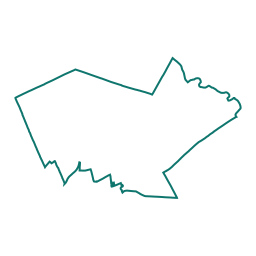 Branistea, Dâmbovita, Romania
{"feature_id": "2599482B85968573592334", "entity_name": "Branistea", "entity_type": "district", "adm_level": 2, "iso_a3": "ROU", "parent_name": "Romania", "parent_adm1": "Dâmbovita", "projection": "albers", "projection_center": [25.57, 44.682], "detail": "fine", "context": "isolated", "style": "outline", "palette": "teal", "viewbox_px": 256, "rotation_deg": 0, "n_neighbors": 0, "source": "geoboundaries", "source_scale": "gbopen_adm2", "svg_char_len": 5535}
<svg xmlns="http://www.w3.org/2000/svg" viewBox="0 0 256 256"><path d="M177.0,197.9L176.9,197.5L176.8,197.4L175.2,194.3L174.0,192.0L172.4,189.0L171.0,186.3L170.7,185.7L169.9,184.3L168.3,181.5L166.8,178.8L165.0,175.5L164.6,174.9L163.3,172.6L164.8,171.7L166.4,170.9L166.6,170.6L166.9,170.5L167.4,170.3L168.6,169.5L169.4,169.0L169.9,168.6L170.0,168.5L171.8,167.0L174.1,164.7L178.1,161.1L179.8,159.3L180.6,158.6L180.7,158.4L183.4,155.8L184.3,154.9L185.5,153.9L187.9,151.8L188.5,151.4L188.9,150.9L190.9,149.0L191.1,148.9L192.9,147.2L194.5,145.7L196.2,144.2L198.0,142.7L198.7,142.1L199.4,141.7L201.8,140.3L201.9,140.2L204.7,138.4L207.0,136.6L207.9,136.1L210.2,134.2L211.6,133.3L212.4,132.8L213.4,132.1L213.5,131.8L216.9,129.5L218.4,128.4L220.7,126.9L222.5,125.7L226.4,123.0L229.6,120.9L232.3,119.2L233.2,118.7L235.8,117.1L236.4,116.9L236.1,116.5L235.6,115.5L235.5,114.5L236.1,113.4L238.3,111.0L239.2,109.9L240.1,109.0L240.5,108.5L240.6,107.8L240.6,107.3L240.4,105.9L239.7,103.9L238.9,102.5L237.9,100.9L236.7,99.9L235.0,98.9L234.5,98.0L233.7,98.0L232.2,99.2L229.7,100.5L228.4,100.6L227.9,99.7L227.4,98.5L227.8,97.8L228.9,97.0L229.4,96.1L229.2,94.8L228.4,93.6L227.1,92.6L226.2,92.3L225.4,92.4L224.2,92.8L222.6,92.9L221.2,92.8L220.4,92.5L219.1,91.8L218.0,91.3L216.8,90.4L215.7,89.4L214.4,88.6L212.8,87.7L211.9,87.6L211.1,87.1L210.1,86.4L209.0,85.8L208.5,85.8L207.5,86.5L206.3,87.2L205.4,87.6L203.9,87.6L202.0,87.2L200.5,87.0L199.5,86.4L199.1,85.4L199.1,84.4L199.5,83.7L200.8,82.2L200.7,81.1L200.3,80.0L199.9,79.2L199.3,78.6L198.4,78.3L197.4,78.2L196.0,78.4L195.2,78.8L194.6,79.1L194.3,79.4L194.0,79.6L193.7,79.6L193.3,79.5L193.1,79.5L192.7,79.7L192.3,79.8L191.7,80.0L190.8,80.1L190.5,80.2L187.8,82.3L186.6,81.0L185.4,79.6L184.9,78.0L184.4,75.6L184.0,73.5L183.3,71.6L182.3,69.9L181.8,68.2L181.4,66.4L180.3,64.8L179.1,63.6L176.8,61.5L174.6,59.8L172.6,58.1L169.6,63.6L167.1,68.1L165.2,71.7L163.4,74.9L162.1,76.9L153.0,93.2L152.1,94.6L151.8,94.5L151.2,94.2L150.5,93.9L149.0,93.4L146.7,92.7L145.6,92.3L144.9,92.1L142.3,91.4L140.0,90.7L139.2,90.5L138.3,90.3L137.4,90.0L135.1,89.5L134.8,89.4L130.6,88.2L128.8,87.7L125.2,86.6L123.4,86.1L121.7,85.5L121.5,85.2L119.4,84.6L110.9,81.9L101.4,78.4L101.2,78.4L92.0,75.2L85.0,72.7L81.5,71.5L75.4,69.5L74.8,69.8L74.7,69.9L69.7,72.1L64.5,74.4L52.8,80.2L46.7,83.0L44.9,83.9L44.4,84.3L41.6,85.5L39.2,86.6L36.8,87.6L36.2,87.9L31.5,90.1L30.1,90.7L28.1,91.6L25.0,93.1L24.3,93.4L20.0,95.5L18.7,96.1L15.6,97.7L15.4,97.9L15.6,98.6L15.8,99.2L16.1,99.8L16.9,101.7L18.0,104.0L19.3,106.7L20.0,108.3L20.8,110.5L21.0,110.8L21.4,111.8L21.6,112.2L21.8,112.5L21.9,112.9L21.9,113.0L22.3,113.8L22.3,114.1L22.4,114.4L22.4,114.5L22.4,114.8L22.5,114.9L23.0,116.1L23.1,116.3L24.1,118.8L24.3,119.3L24.7,120.2L24.8,120.5L25.2,121.6L25.4,121.9L25.5,122.2L25.5,122.3L25.6,122.5L25.8,122.9L26.0,123.4L26.1,123.7L26.5,124.7L26.7,125.1L27.1,126.1L27.6,127.6L28.1,128.5L28.4,129.2L28.5,129.5L28.7,129.8L28.9,130.6L29.1,131.3L29.3,131.8L29.7,132.5L29.9,132.8L30.1,133.1L30.2,133.4L30.5,134.5L30.7,134.8L31.0,135.8L31.5,136.9L31.6,137.1L32.5,139.2L33.1,140.6L33.6,141.4L34.4,143.3L35.3,145.5L35.4,145.8L35.9,147.0L36.1,147.3L36.2,147.6L36.3,147.8L36.6,148.5L36.8,149.0L36.9,149.5L37.0,149.6L37.1,149.8L37.8,151.4L38.4,152.8L39.2,154.5L40.0,156.3L40.0,156.5L40.4,157.5L40.9,158.3L41.3,159.4L41.7,160.0L41.8,160.3L42.1,160.9L42.5,161.8L43.5,164.0L44.7,166.5L45.0,167.2L45.7,166.2L45.9,166.0L46.7,165.0L47.2,164.5L47.6,164.0L47.7,163.9L48.0,163.5L48.3,163.2L49.6,161.6L49.9,161.8L49.8,162.0L50.4,162.1L51.5,163.3L53.3,162.2L54.4,161.2L54.8,161.1L55.5,162.4L55.9,163.4L56.4,165.0L56.6,165.5L57.1,166.4L57.8,167.6L58.2,167.9L58.6,169.0L58.9,170.0L59.4,170.9L59.7,171.9L60.1,172.6L60.4,173.2L60.6,173.8L60.8,174.2L61.1,174.8L61.4,175.6L61.6,176.0L61.7,176.3L62.0,176.9L62.2,177.5L62.3,177.9L62.4,178.3L62.8,178.9L63.0,179.3L63.2,179.9L63.4,180.3L63.6,180.7L63.7,181.0L63.8,181.3L64.0,181.9L64.3,182.5L64.5,183.0L64.6,183.5L64.5,184.0L64.6,183.9L65.7,182.7L66.7,180.9L67.6,178.8L69.0,176.8L71.0,175.0L71.6,174.5L72.1,174.0L72.7,173.4L73.4,172.9L73.9,172.4L74.2,172.2L74.6,171.8L75.0,171.4L75.4,171.1L75.7,170.7L76.2,170.1L76.7,169.5L77.0,168.9L77.2,168.6L77.5,168.1L77.9,167.3L78.2,166.7L78.5,165.9L78.7,165.1L79.0,164.3L79.1,163.6L79.3,162.3L79.6,162.3L80.0,162.6L79.9,164.9L79.7,167.0L79.7,168.3L79.6,170.5L83.3,170.6L85.2,170.6L90.6,169.3L91.2,171.0L92.0,174.1L93.0,178.3L93.2,179.5L93.9,181.4L95.1,181.7L95.8,181.7L96.6,181.4L96.9,181.7L102.5,178.8L102.7,178.7L103.9,178.0L104.7,177.5L106.1,176.7L107.2,176.1L107.9,175.7L108.3,175.5L108.4,175.4L108.8,175.2L109.2,175.1L109.7,174.9L110.0,174.7L110.1,175.0L110.3,175.6L110.4,175.9L110.5,176.5L110.5,177.0L110.6,177.6L110.7,178.4L110.7,179.1L110.9,179.8L110.9,180.5L111.0,180.9L111.2,181.2L111.0,181.3L111.1,182.0L111.1,182.5L111.2,183.0L111.2,183.5L111.4,183.5L113.8,182.6L114.0,183.6L114.0,184.2L114.2,184.5L111.4,185.6L111.5,186.3L111.6,186.6L111.9,186.6L113.2,186.2L114.6,185.7L116.4,185.0L119.1,183.8L119.9,183.5L120.8,183.1L121.4,185.0L121.6,184.9L121.9,184.7L122.0,184.7L122.2,184.8L122.5,185.1L122.7,185.4L122.9,185.7L122.9,185.9L122.8,186.1L122.7,186.3L122.5,186.6L122.0,186.8L121.6,186.9L121.4,187.0L121.1,187.4L120.7,187.9L120.7,188.8L121.0,189.5L121.6,189.9L121.8,190.2L122.0,190.9L121.9,191.4L122.2,192.0L122.5,192.6L124.3,191.0L126.8,190.6L133.1,191.2L136.0,191.4L140.0,193.7L140.1,193.9L142.8,195.2L144.6,196.0L145.7,196.2L150.5,196.4L154.0,196.6L158.4,196.8L161.7,197.0L165.9,197.3L170.0,197.5L174.7,197.8L176.9,197.9L177.0,197.9Z" fill="none" stroke="#0f766e" stroke-width="2"/></svg>